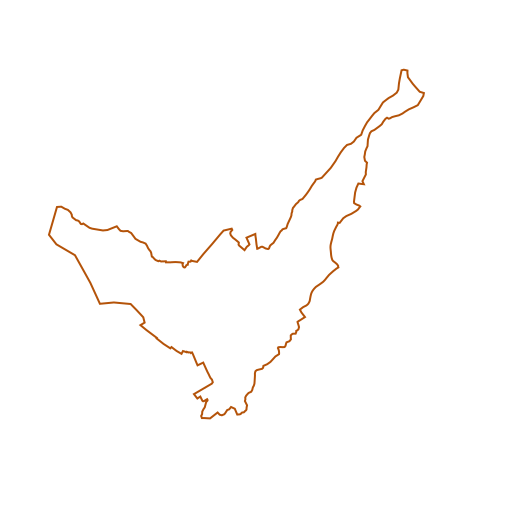 outline of Stei, Bihor, Romania, rotated 258°
{"feature_id": "2599482B13533696934170", "entity_name": "Stei", "entity_type": "district", "adm_level": 2, "iso_a3": "ROU", "parent_name": "Romania", "parent_adm1": "Bihor", "projection": "albers", "projection_center": [22.468, 46.534], "detail": "fine", "context": "isolated", "style": "outline", "palette": "amber", "viewbox_px": 512, "rotation_deg": 258, "n_neighbors": 0, "source": "geoboundaries", "source_scale": "gbopen_adm2", "svg_char_len": 5480}
<svg xmlns="http://www.w3.org/2000/svg" viewBox="0 0 512 512"><g transform="rotate(258 256 256)"><path d="M345.3,71.5L337.2,67.2L332.7,64.8L319.8,57.9L308.9,63.2L294.4,79.1L274.6,85.2L264.1,88.4L241.7,93.4L240.1,107.3L235.1,123.4L228.0,127.9L219.5,133.0L214.0,133.2L212.4,128.6L206.6,133.2L196.5,142.0L196.1,141.6L189.2,147.3L183.5,153.0L184.5,154.4L180.4,157.9L179.5,158.7L175.8,162.8L176.9,163.7L178.2,164.8L177.7,165.6L177.7,165.8L176.3,168.1L176.7,168.4L176.0,169.5L175.7,169.8L175.7,170.0L175.8,170.1L175.6,170.7L175.2,171.9L174.7,172.1L175.0,172.7L175.0,173.4L172.9,173.9L169.7,174.5L163.7,175.6L161.2,176.1L162.7,182.2L155.9,183.7L152.8,184.4L149.9,185.2L148.1,185.6L146.2,186.1L144.3,187.2L141.5,187.5L140.3,186.2L133.8,166.6L128.8,169.0L130.1,172.3L125.7,173.4L125.0,173.9L124.8,174.7L126.1,178.4L125.1,178.7L124.5,178.3L123.5,176.9L118.6,174.4L117.0,172.7L115.0,171.1L112.5,170.4L110.9,169.1L108.7,169.4L108.2,171.8L106.7,177.3L110.9,185.9L108.3,187.5L107.3,189.5L107.8,192.1L108.5,193.0L111.3,195.8L111.6,197.9L113.5,200.2L111.0,203.5L104.8,204.7L104.5,207.2L104.6,207.8L104.8,208.4L105.4,209.1L105.8,209.9L105.6,211.5L106.0,212.3L106.6,213.0L107.1,214.1L107.7,214.7L110.0,215.4L111.8,216.2L116.4,215.0L118.0,215.8L119.9,216.1L121.5,217.4L123.0,219.4L123.6,220.3L124.0,222.2L124.2,223.1L125.0,223.8L125.8,224.5L128.1,225.6L129.6,226.9L131.4,227.9L133.4,228.5L139.2,230.1L141.3,230.5L142.7,231.1L143.5,231.6L144.2,233.0L144.3,234.5L144.4,238.5L145.2,239.7L147.0,240.4L147.8,244.4L149.4,248.1L153.7,254.1L155.2,258.1L156.1,258.4L158.3,258.7L159.9,258.6L161.4,258.3L162.1,258.9L161.9,261.0L161.3,263.0L161.0,265.0L162.0,266.2L163.9,267.1L165.2,267.9L165.4,269.2L165.7,271.0L167.2,272.8L169.2,273.1L171.1,273.5L171.9,274.7L172.3,275.8L172.1,277.2L171.8,278.6L173.2,279.5L174.4,279.8L174.7,280.9L175.4,282.2L177.5,283.3L179.4,283.2L181.3,283.0L182.9,282.9L183.4,283.9L183.9,285.4L186.1,291.2L191.3,288.7L194.4,287.8L195.0,289.0L196.2,291.5L197.1,294.9L197.8,296.3L198.5,297.3L199.9,298.5L200.9,299.2L202.4,299.8L205.3,301.0L207.4,302.0L208.8,302.9L210.3,304.2L211.1,305.1L212.0,306.2L213.3,308.1L214.2,310.3L214.7,311.6L216.0,314.6L216.9,316.5L218.5,318.8L219.7,320.2L220.8,321.6L222.3,323.5L223.6,325.7L225.2,328.5L226.1,330.4L226.9,331.9L227.7,334.2L228.6,334.1L229.3,334.3L230.1,334.0L231.2,333.5L232.8,332.3L233.9,331.4L234.9,330.5L236.3,329.8L237.4,329.7L238.5,329.6L239.9,329.6L241.5,329.7L244.6,330.1L247.4,330.4L248.8,330.6L250.4,331.0L252.0,331.6L254.3,332.7L257.0,334.1L259.8,335.3L262.1,336.4L264.1,337.6L266.3,339.3L268.2,340.8L269.0,341.6L270.2,342.5L271.1,343.0L271.6,343.1L271.0,344.7L274.8,349.2L276.3,352.7L277.4,358.0L279.3,363.4L280.3,365.4L282.8,368.3L283.9,367.4L285.5,364.9L287.3,363.0L288.7,363.1L297.6,366.2L302.0,368.5L305.6,371.2L303.8,376.4L306.0,375.9L307.1,375.7L309.2,377.4L312.9,380.4L315.2,380.8L319.8,382.5L322.6,383.3L324.2,384.0L326.5,382.4L330.3,382.5L332.6,383.5L335.6,384.6L338.4,386.5L340.2,387.9L343.4,388.8L346.6,389.7L350.5,391.8L352.5,393.0L354.0,394.8L354.7,398.0L356.0,400.9L357.4,404.0L358.7,406.4L360.9,408.4L363.3,411.2L364.0,412.9L362.7,414.4L362.8,415.6L363.6,418.1L363.8,421.1L363.9,425.0L364.9,428.9L366.2,431.9L367.7,436.1L368.7,441.0L369.9,445.6L373.5,449.0L377.7,452.9L380.5,454.1L382.6,450.3L387.7,447.4L391.9,445.1L397.3,442.7L399.2,441.8L403.3,442.1L405.9,442.7L407.5,439.3L407.4,437.0L400.0,433.7L395.3,431.8L389.1,429.8L386.5,427.6L384.4,423.3L382.9,418.5L381.0,414.5L379.8,412.1L377.1,409.5L373.5,406.1L371.2,401.5L368.8,398.5L366.3,395.6L363.7,392.5L360.7,389.8L356.7,386.5L352.7,384.1L350.8,378.9L347.6,375.5L346.0,372.2L345.7,368.1L343.4,364.6L339.8,360.5L336.1,356.9L332.2,353.4L326.6,347.4L320.0,338.2L318.8,336.5L318.6,334.9L318.5,332.5L318.3,330.4L317.3,329.8L316.3,328.9L315.0,327.4L312.9,325.1L310.5,322.9L309.0,321.4L307.3,319.6L305.6,317.7L302.1,313.3L301.7,311.0L301.1,309.6L299.9,308.5L298.4,305.8L296.3,303.4L295.4,302.2L293.3,301.0L292.0,300.7L290.4,299.7L288.2,299.0L286.7,298.1L280.7,293.6L278.0,292.1L276.9,291.3L276.8,289.2L276.6,287.5L275.7,286.5L275.0,285.1L273.5,283.7L271.6,282.1L269.5,280.2L267.6,278.1L265.2,275.8L264.5,274.3L263.6,272.5L262.8,271.6L260.7,270.3L260.3,269.3L260.5,268.8L261.4,266.9L263.0,265.1L263.8,264.0L263.9,263.0L263.5,261.7L262.8,259.2L262.8,258.7L264.8,258.8L267.2,258.9L273.3,259.5L275.3,259.6L277.7,259.9L277.6,259.4L275.9,250.5L268.7,252.0L268.0,251.1L266.9,248.9L264.1,246.0L266.7,244.0L269.7,241.7L270.7,241.3L271.6,241.6L272.7,242.0L273.2,241.7L276.5,239.1L278.7,237.2L281.5,235.7L283.5,235.5L284.9,236.2L286.4,238.2L287.8,237.9L287.6,229.6L284.6,225.5L276.7,215.4L269.0,205.1L262.5,197.1L264.5,192.4L265.1,191.7L264.1,190.8L264.5,188.8L262.2,187.5L261.7,187.5L261.5,186.0L261.0,185.6L259.7,184.3L259.6,183.8L260.1,182.9L261.6,182.3L263.5,182.5L264.2,183.1L265.4,181.0L266.1,178.6L266.8,176.1L267.4,172.5L267.6,170.9L268.5,166.6L269.6,166.7L269.9,164.7L270.4,162.0L271.5,160.5L271.2,159.4L273.0,156.9L274.8,155.7L276.3,154.9L277.1,154.0L281.0,154.1L282.5,153.8L283.7,153.1L286.0,152.1L288.7,151.5L291.1,150.6L292.8,148.2L293.9,146.0L294.9,144.9L297.9,141.6L298.9,141.2L304.4,138.7L306.3,136.5L306.9,136.1L307.2,135.4L307.8,131.2L308.8,128.7L310.8,127.5L314.0,126.0L312.3,116.1L312.8,111.6L314.8,106.5L316.8,101.4L318.2,99.0L323.7,93.8L323.3,92.4L323.8,91.3L326.6,90.2L327.8,89.0L328.4,87.5L331.9,84.5L333.5,84.2L334.6,84.4L337.2,83.7L340.2,81.6L341.1,80.2L341.9,78.9L344.7,75.8L345.2,72.6L345.3,71.5Z" fill="none" stroke="#b45309" stroke-width="2"/></g></svg>